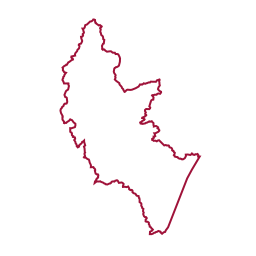 outline of Jauja, Junín, Peru, rotated 101°
{"feature_id": "86281439B89843532498987", "entity_name": "Jauja", "entity_type": "district", "adm_level": 2, "iso_a3": "PER", "parent_name": "Peru", "parent_adm1": "Junín", "projection": "orthographic", "projection_center": [-75.508, -11.659], "detail": "fine", "context": "isolated", "style": "outline", "palette": "rose", "viewbox_px": 256, "rotation_deg": 101, "n_neighbors": 0, "source": "geoboundaries", "source_scale": "gbopen_adm2", "svg_char_len": 5881}
<svg xmlns="http://www.w3.org/2000/svg" viewBox="0 0 256 256"><g transform="rotate(101 128 128)"><path d="M142.4,52.2L142.7,53.7L142.1,53.9L141.3,53.7L140.2,54.8L140.9,56.0L140.9,56.9L141.6,57.4L141.8,57.8L141.7,59.1L141.4,59.6L140.9,59.9L140.8,60.5L142.0,61.0L142.6,61.7L142.6,64.3L143.1,66.2L144.4,65.8L145.3,66.0L146.8,66.5L148.1,67.8L148.5,68.9L148.2,69.3L148.3,69.7L148.0,70.6L148.3,71.1L148.2,72.1L147.9,73.0L147.1,73.8L147.3,75.2L147.1,75.7L147.1,76.7L146.4,77.0L145.9,77.8L144.5,77.3L143.3,77.4L143.0,78.2L141.8,79.0L141.9,79.6L141.5,80.4L140.5,80.5L139.6,81.1L139.2,81.8L139.0,83.6L137.5,84.5L137.4,85.3L137.8,86.3L137.5,87.7L138.2,89.1L134.1,95.2L134.7,96.5L135.6,97.2L135.2,98.9L135.7,100.3L135.3,100.8L135.1,102.0L134.1,102.2L133.7,101.5L133.0,101.3L132.7,100.8L131.6,101.2L131.5,100.4L130.7,99.7L130.2,100.2L129.1,100.4L128.2,101.1L128.0,100.2L125.9,97.5L124.8,96.8L124.3,96.8L124.1,97.2L123.5,97.4L122.9,98.1L122.7,98.9L121.6,98.6L120.7,100.6L120.9,101.5L121.6,102.9L121.0,103.0L120.2,103.6L119.1,103.7L118.1,104.1L117.5,105.4L116.8,106.0L117.7,107.7L117.4,108.2L117.5,108.5L119.0,110.2L119.5,111.4L120.1,111.8L121.2,114.5L121.2,116.5L120.3,117.1L119.9,116.9L119.6,115.8L118.5,115.5L117.1,113.7L116.3,113.4L115.4,114.9L115.5,116.0L115.1,116.0L113.8,113.9L113.2,113.7L112.5,112.8L111.9,112.5L111.7,112.6L111.1,113.7L110.4,113.9L109.3,113.5L108.1,114.6L107.0,114.7L105.9,113.8L105.4,110.7L104.5,110.1L103.6,110.1L102.7,111.2L97.2,110.6L96.3,110.3L95.4,109.3L95.3,108.6L94.8,108.6L93.0,108.8L91.4,110.6L91.1,110.4L90.8,109.1L90.2,108.1L89.9,106.3L88.9,105.8L88.3,104.7L88.3,103.0L86.8,102.3L86.1,102.5L85.6,104.1L84.9,105.2L84.1,106.0L82.1,105.8L80.2,104.9L78.5,105.6L77.1,105.9L75.9,106.5L74.8,106.1L74.4,106.4L75.7,108.7L77.1,109.2L77.3,109.4L78.2,114.6L79.1,115.1L79.4,116.6L80.3,117.7L80.5,118.5L81.2,119.2L81.3,120.2L81.1,121.0L82.6,122.2L82.6,123.1L83.0,123.5L82.9,124.5L85.3,125.5L87.5,128.1L89.7,131.5L90.2,133.1L90.5,135.9L91.0,136.6L93.0,137.9L93.2,138.3L91.5,139.8L90.8,140.1L89.9,141.5L88.8,142.1L86.9,144.6L85.6,145.1L84.1,148.4L82.9,150.2L81.0,149.8L80.1,150.4L78.6,150.2L78.0,150.6L77.0,151.8L75.5,152.7L72.3,152.8L71.6,152.5L71.2,151.8L70.7,151.6L70.0,150.1L68.8,149.0L68.4,148.8L64.6,148.6L61.2,149.1L59.6,150.0L57.6,151.6L57.4,152.8L57.8,154.3L56.6,155.3L57.0,157.4L56.0,159.2L56.1,160.2L57.1,163.2L56.3,165.2L55.5,166.1L55.4,167.2L56.0,167.6L55.4,168.5L54.1,168.6L52.4,169.2L50.1,168.6L49.7,167.9L46.0,168.1L45.6,169.2L43.4,169.9L42.6,170.5L41.8,172.0L39.7,172.9L39.0,173.6L36.2,173.6L35.5,174.4L35.0,174.4L34.2,173.9L34.0,173.4L33.3,173.2L32.3,175.2L32.9,176.1L31.3,179.6L31.1,179.9L30.6,179.8L30.2,180.5L28.2,181.0L28.0,181.9L28.1,182.8L29.2,183.2L30.3,184.3L30.7,185.5L34.2,188.0L35.2,189.6L37.7,189.7L38.9,190.5L39.1,191.6L39.8,191.1L40.2,190.6L41.3,190.3L42.4,189.5L43.3,189.6L44.4,190.4L45.1,190.2L45.4,189.8L46.3,189.9L47.0,190.3L47.4,191.5L48.8,191.0L51.2,189.6L51.9,189.6L54.1,190.2L55.0,191.9L55.6,192.2L56.1,192.1L56.3,191.6L57.0,191.2L59.3,191.3L60.8,192.5L62.2,192.6L64.7,194.0L66.1,194.1L67.0,193.7L68.6,197.2L69.6,197.1L70.2,196.4L70.4,195.5L71.3,195.1L72.2,196.4L74.3,198.2L74.9,199.1L77.6,200.1L77.7,200.8L78.3,201.0L79.2,202.3L81.2,203.8L82.0,203.2L83.9,202.9L84.4,202.1L85.4,201.3L85.6,199.4L87.8,200.5L89.4,200.6L90.3,201.3L91.7,201.1L92.4,201.5L93.4,201.5L94.7,200.3L96.5,199.3L95.6,195.0L95.8,194.9L96.5,195.0L98.0,194.0L101.4,194.1L101.9,194.3L103.0,195.5L103.9,196.0L107.6,196.7L109.5,195.6L109.6,194.6L110.0,193.9L114.0,192.6L115.6,192.9L116.1,193.7L116.0,194.4L116.5,195.0L117.3,195.4L118.6,195.5L120.2,196.8L120.7,196.7L122.3,197.6L123.9,197.6L126.1,196.6L128.8,194.4L129.4,194.5L129.7,194.2L130.1,194.4L132.3,193.9L134.1,191.9L135.3,191.8L135.5,191.0L136.0,190.6L135.5,190.8L134.9,190.6L134.7,189.5L134.0,189.2L132.0,187.1L130.6,186.5L130.5,186.1L130.9,185.5L131.0,184.4L132.9,182.4L133.8,180.5L135.5,180.1L137.3,180.3L139.1,183.6L139.2,184.7L142.6,184.0L143.1,183.6L143.3,182.5L144.3,181.9L145.5,181.8L146.0,181.4L146.5,180.1L147.3,180.2L147.4,178.3L148.7,177.8L150.1,178.5L151.5,177.1L153.2,176.4L153.6,175.7L155.0,174.9L155.6,174.9L156.6,173.6L155.6,172.5L154.6,172.9L153.9,172.2L152.8,171.6L152.3,170.9L150.9,170.3L150.4,170.3L150.2,169.8L148.7,168.7L150.0,168.4L153.3,166.7L154.6,167.7L156.2,166.8L159.9,165.8L160.4,165.4L161.1,165.8L161.8,165.8L163.7,164.8L165.1,165.7L165.4,165.3L165.0,164.2L166.2,161.9L166.4,160.5L167.2,159.9L169.3,159.0L171.1,157.6L172.3,157.1L173.6,157.0L173.0,154.5L174.0,153.7L174.3,152.9L175.1,152.3L175.6,152.1L176.2,152.4L178.9,151.1L179.5,149.8L179.2,148.8L179.8,148.2L180.5,148.0L181.2,148.2L181.9,147.9L182.5,148.0L182.8,148.5L183.4,148.6L184.5,149.4L185.5,149.2L186.7,150.2L188.3,150.2L186.9,149.0L186.3,147.9L186.1,146.2L185.6,145.1L186.0,144.3L186.4,141.8L187.0,140.7L187.1,139.5L187.5,139.2L187.4,137.5L185.9,135.4L185.8,134.8L185.3,134.3L183.9,133.8L183.2,132.4L183.2,131.1L182.1,130.4L181.9,129.7L181.4,128.9L181.7,128.0L183.6,126.5L182.7,123.9L182.9,122.9L183.8,121.6L186.1,121.9L186.8,121.7L186.3,119.9L186.3,118.1L185.4,116.7L187.2,115.2L187.9,115.2L188.2,114.7L188.5,113.6L188.1,112.8L188.2,112.1L188.7,111.6L190.1,111.4L190.4,110.7L190.9,110.3L191.1,108.5L191.6,107.6L192.5,107.0L192.8,106.5L192.8,104.6L193.7,104.3L194.7,103.8L194.8,103.4L196.2,102.9L198.5,102.5L199.4,100.7L200.1,100.3L201.7,100.2L202.9,99.1L203.5,99.0L204.0,98.6L204.4,97.5L206.8,97.4L208.1,96.4L209.5,96.7L211.5,95.5L212.2,94.4L212.0,93.4L212.7,92.5L213.2,92.4L214.5,93.2L216.3,92.9L216.5,92.2L216.3,90.8L216.9,89.5L218.7,89.1L218.9,88.6L219.6,88.1L220.7,87.9L221.1,86.6L221.5,86.1L222.2,85.8L222.4,85.0L223.0,84.2L224.3,84.9L225.6,86.6L228.0,86.3L227.7,84.6L226.8,83.2L225.8,82.3L225.5,81.3L224.9,80.9L224.3,79.6L223.3,78.6L223.5,76.4L223.8,76.1L224.3,76.1L225.3,74.4L223.6,73.1L222.9,71.7L221.3,71.4L217.8,69.7L166.2,60.3L156.6,57.3L142.4,52.2Z" fill="none" stroke="#9f1239" stroke-width="2"/></g></svg>